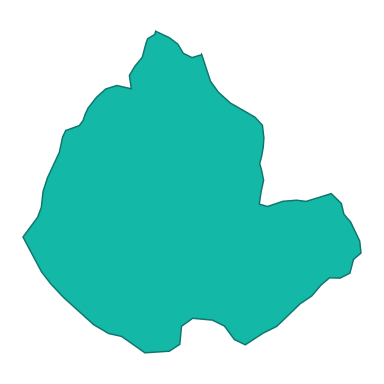 SVG path tracing the border of Miaoli
{"feature_id": "TWN-1165", "entity_name": "Miaoli", "entity_type": "County", "adm_level": 1, "iso_a3": "TWN", "parent_name": "Taiwan", "parent_adm1": "", "projection": "equal_earth", "projection_center": [120.946, 24.52], "detail": "fine", "context": "isolated", "style": "filled", "palette": "teal", "viewbox_px": 384, "rotation_deg": 0, "n_neighbors": 0, "source": "natural_earth", "source_scale": "10m", "svg_char_len": 1019}
<svg xmlns="http://www.w3.org/2000/svg" viewBox="0 0 384 384"><path d="M23.0,237.0L37.6,217.3L41.3,207.5L43.1,191.3L47.5,177.7L59.4,152.2L62.6,137.0L65.7,130.5L79.3,125.6L83.1,120.4L85.3,114.0L88.1,108.0L96.5,97.3L105.7,89.0L116.9,85.5L131.3,88.8L129.4,75.4L134.8,66.4L142.3,57.2L146.0,43.3L147.6,38.8L154.8,34.4L155.6,31.2L169.3,37.7L177.8,44.1L183.3,53.3L192.0,57.6L201.3,54.8L201.6,54.3L210.5,81.3L218.3,92.1L230.3,103.0L254.7,117.0L262.4,125.2L263.9,138.0L263.2,147.5L261.7,155.9L259.7,163.6L261.7,170.7L263.6,180.3L261.1,191.7L259.3,204.1L267.5,206.5L282.9,201.3L296.5,200.2L306.1,201.4L331.2,193.6L341.3,203.4L343.9,214.2L350.6,222.0L359.7,241.1L361.0,253.0L353.5,259.4L349.9,273.1L340.1,278.1L329.5,277.8L321.0,285.1L311.8,295.9L300.1,303.8L276.8,326.3L263.0,333.2L245.3,344.8L234.4,339.6L224.4,326.0L212.3,320.1L192.6,318.3L181.5,326.3L179.8,344.3L169.3,351.2L144.9,352.8L121.6,336.4L108.6,333.5L93.8,324.8L63.6,297.5L51.0,284.1L41.5,271.8L23.0,237.0Z" fill="#14b8a6" stroke="#0f766e" stroke-width="1.5"/></svg>